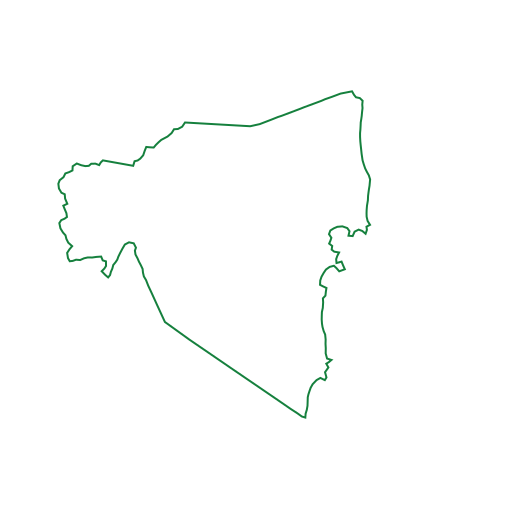 Guarapari, Espírito Santo, Brazil, rotated 332°
{"feature_id": "56859067B18132052810644", "entity_name": "Guarapari", "entity_type": "district", "adm_level": 2, "iso_a3": "BRA", "parent_name": "Brazil", "parent_adm1": "Espírito Santo", "projection": "albers", "projection_center": [-40.545, -20.612], "detail": "fine", "context": "isolated", "style": "outline", "palette": "green", "viewbox_px": 512, "rotation_deg": 332, "n_neighbors": 0, "source": "geoboundaries", "source_scale": "gbopen_adm2", "svg_char_len": 2946}
<svg xmlns="http://www.w3.org/2000/svg" viewBox="0 0 512 512"><g transform="rotate(332 256 256)"><path d="M112.6,197.0L114.0,201.9L115.4,205.5L118.2,204.3L120.4,201.9L123.2,199.7L125.8,196.9L129.0,195.6L131.8,194.1L134.1,192.0L137.4,189.6L141.7,186.7L145.6,184.3L150.3,184.3L154.0,187.4L153.9,192.3L151.6,194.4L150.3,198.1L150.3,202.5L150.0,206.0L150.0,210.0L149.8,214.2L148.4,217.6L147.4,221.4L147.6,225.7L146.9,231.6L146.5,239.6L145.7,252.4L144.9,266.3L144.6,271.5L158.0,298.7L176.9,334.8L180.9,342.5L202.0,382.7L210.0,398.0L214.7,407.1L218.8,414.5L221.1,419.2L223.7,421.8L225.8,418.5L228.6,415.7L231.1,412.5L233.3,408.7L235.4,405.0L237.4,402.7L239.8,400.4L242.4,398.0L245.8,395.8L251.2,394.0L255.6,393.9L258.5,397.9L261.2,396.3L262.4,391.0L267.6,388.4L267.5,384.1L270.5,383.9L273.8,383.2L270.6,379.9L271.8,374.7L274.3,370.2L276.2,366.1L278.3,362.4L280.2,357.8L280.5,354.1L281.4,349.9L282.5,346.7L284.2,342.9L286.1,339.5L287.9,336.4L290.6,333.2L293.5,328.5L295.2,324.8L298.7,323.6L301.0,320.2L303.2,317.3L301.0,314.4L299.0,311.5L301.3,307.7L304.2,305.0L308.0,302.6L311.4,300.8L315.9,300.2L320.2,301.2L321.3,304.3L322.3,308.6L328.2,309.4L328.5,305.0L328.9,301.1L323.8,300.0L325.3,296.4L327.8,294.1L331.0,291.9L327.1,288.9L325.8,285.9L328.0,282.9L326.4,279.4L328.9,277.4L331.1,275.3L330.7,271.0L333.6,268.4L337.6,268.1L341.5,268.4L346.2,270.4L349.7,274.2L350.2,278.0L347.2,281.5L350.7,283.8L354.5,280.8L359.0,280.9L361.6,283.8L363.2,287.8L366.2,285.0L367.3,282.0L371.3,282.0L371.0,277.4L372.1,273.3L373.7,270.1L375.3,267.3L377.6,263.7L380.9,259.4L383.2,255.5L385.1,252.8L386.9,250.3L389.2,247.3L390.9,244.7L392.7,242.0L393.5,237.8L393.4,233.5L393.5,229.9L394.2,225.6L395.0,221.6L396.1,218.5L397.2,215.4L398.7,211.7L400.5,207.2L401.9,203.8L403.8,199.7L405.6,196.3L407.5,193.4L409.5,190.1L411.2,187.2L413.1,184.7L415.0,182.1L417.3,178.6L419.5,175.4L420.9,172.2L423.0,169.0L421.8,165.3L418.8,162.8L418.2,159.7L418.1,155.7L406.9,152.3L397.7,151.1L390.6,150.0L386.6,149.7L382.8,149.2L368.1,147.2L364.4,146.8L354.9,145.6L344.1,144.2L340.7,143.6L333.4,142.8L321.2,141.3L311.8,138.7L256.0,104.8L251.5,107.2L246.7,107.2L243.1,105.6L239.3,107.8L234.0,109.0L230.0,109.0L226.9,109.0L223.5,109.8L219.8,110.9L216.6,112.2L213.0,110.0L210.3,108.2L207.2,110.8L203.7,114.1L199.5,115.7L196.3,116.1L193.3,115.3L189.9,118.7L165.7,99.7L162.9,100.5L160.2,102.1L157.6,99.1L153.8,97.2L150.7,97.9L147.5,96.5L144.3,93.8L141.2,90.2L136.3,90.7L134.1,94.3L130.3,94.2L126.4,93.6L123.1,96.0L118.3,96.9L115.4,99.4L113.7,103.9L113.9,108.8L116.1,111.7L114.4,115.7L113.9,121.3L109.5,121.1L109.1,124.7L108.7,129.2L107.4,132.8L104.4,133.2L100.9,132.9L97.8,134.6L96.3,139.8L96.6,144.7L97.5,148.3L96.6,151.9L96.5,156.1L98.3,161.0L94.5,162.5L90.7,164.6L89.0,169.6L89.1,173.2L91.9,174.3L95.4,174.8L98.8,177.0L103.1,177.3L106.8,178.3L110.6,180.4L114.7,181.9L119.0,183.8L118.6,187.9L121.0,190.3L118.9,194.4L116.2,195.9L112.6,197.0Z" fill="none" stroke="#15803d" stroke-width="2"/></g></svg>